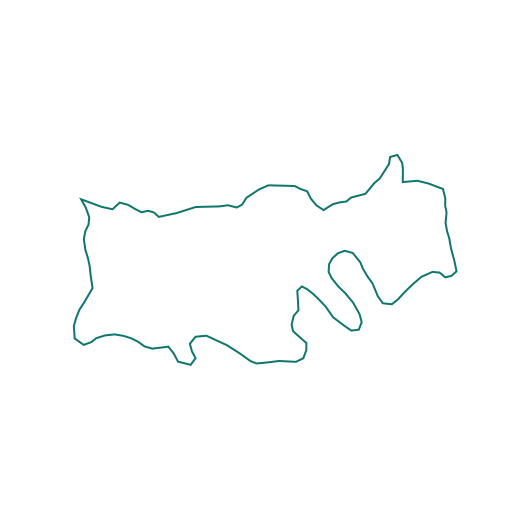 outline of Mato Queimado, Rio Grande do Sul, Brazil, rotated 160°
{"feature_id": "56859067B13122531384291", "entity_name": "Mato Queimado", "entity_type": "district", "adm_level": 2, "iso_a3": "BRA", "parent_name": "Brazil", "parent_adm1": "Rio Grande do Sul", "projection": "orthographic", "projection_center": [-54.664, -28.247], "detail": "fine", "context": "isolated", "style": "outline", "palette": "teal", "viewbox_px": 512, "rotation_deg": 160, "n_neighbors": 0, "source": "geoboundaries", "source_scale": "gbopen_adm2", "svg_char_len": 1932}
<svg xmlns="http://www.w3.org/2000/svg" viewBox="0 0 512 512"><g transform="rotate(160 256 256)"><path d="M400.9,369.1L399.4,359.5L399.5,349.3L402.7,342.7L407.8,337.8L412.0,330.8L414.2,320.3L414.7,310.9L415.8,303.3L418.2,293.5L420.6,281.7L433.3,271.2L440.3,265.9L446.2,259.3L451.1,252.6L454.6,240.5L448.3,231.4L440.4,231.4L434.2,233.4L425.0,233.0L415.7,230.7L407.7,226.2L401.4,221.3L396.5,216.2L391.5,209.0L385.1,204.4L378.2,202.8L369.4,200.8L366.6,192.3L365.4,183.4L354.6,176.1L347.8,180.6L348.8,188.3L348.2,196.1L340.5,200.8L329.9,198.1L322.6,190.8L313.8,182.1L304.2,169.5L297.1,159.1L292.2,154.8L285.7,153.1L278.3,151.3L270.3,149.5L260.4,145.3L254.7,142.9L246.6,143.7L241.0,150.2L238.4,156.9L243.5,166.3L246.9,172.7L246.0,179.3L241.0,186.9L234.7,190.5L231.9,199.5L229.1,209.2L223.3,211.7L219.2,207.2L215.5,201.2L211.9,193.9L207.9,184.8L204.5,172.0L197.0,160.4L191.9,153.3L184.6,151.6L179.3,157.7L178.6,166.0L180.7,178.9L184.8,190.5L188.9,198.8L192.5,209.3L193.2,216.2L190.1,223.3L185.0,227.8L178.0,230.6L170.9,230.6L164.0,225.7L160.1,214.2L159.9,207.5L158.1,198.1L155.9,190.5L155.3,176.5L153.0,168.2L144.9,164.2L137.4,166.7L128.6,171.3L116.8,176.5L107.6,179.9L95.6,180.7L89.1,177.6L85.4,171.2L79.3,170.5L72.8,173.0L71.3,183.2L70.1,196.8L68.3,206.9L68.0,213.8L66.6,222.2L62.1,231.6L60.9,239.0L58.4,245.4L57.4,255.0L69.2,265.2L78.7,271.5L92.8,275.3L88.3,287.2L86.8,293.5L88.6,302.6L96.1,303.2L99.6,296.9L107.3,291.0L113.2,286.5L120.0,284.0L126.1,280.4L131.9,277.0L139.1,277.7L146.7,278.4L152.5,276.3L158.7,277.7L165.8,278.4L171.3,277.3L176.8,276.0L181.8,282.8L184.8,291.0L185.8,299.3L191.3,303.8L195.6,308.4L200.9,310.6L220.2,318.2L230.4,317.5L245.1,314.0L251.3,309.1L257.4,308.1L265.1,313.3L273.4,315.1L281.7,317.9L290.0,320.7L296.1,322.7L315.9,323.5L334.0,326.0L337.0,331.8L341.9,335.4L348.7,336.3L353.6,341.6L358.8,347.9L365.8,352.8L374.8,349.0L384.3,355.0L400.9,369.1Z" fill="none" stroke="#0f766e" stroke-width="2"/></g></svg>